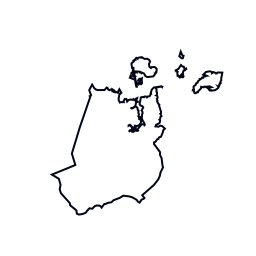 outline of Nett, Pohnpei, Federated States of Micronesia, rotated 35°
{"feature_id": "79324940B16225653054825", "entity_name": "Nett", "entity_type": "district", "adm_level": 2, "iso_a3": "FSM", "parent_name": "Federated States of Micronesia", "parent_adm1": "Pohnpei", "projection": "mercator", "projection_center": [158.226, 6.943], "detail": "fine", "context": "isolated", "style": "outline", "palette": "ink", "viewbox_px": 256, "rotation_deg": 35, "n_neighbors": 0, "source": "geoboundaries", "source_scale": "gbopen_adm2", "svg_char_len": 5824}
<svg xmlns="http://www.w3.org/2000/svg" viewBox="0 0 256 256"><g transform="rotate(35 128 128)"><path d="M92.4,209.8L100.5,209.3L105.4,213.3L107.3,217.5L110.5,219.9L123.4,222.9L125.0,224.5L133.0,225.1L135.2,227.5L137.2,227.2L139.9,224.8L141.6,222.3L142.1,221.1L141.9,219.6L142.5,215.9L145.1,214.5L145.5,211.4L146.7,209.5L149.1,208.0L150.3,207.8L152.0,208.4L152.2,203.8L153.3,203.0L154.3,201.0L157.0,198.4L157.6,195.4L161.2,190.2L162.9,186.2L168.3,183.3L171.9,182.2L176.4,181.9L178.3,182.7L180.3,182.4L180.2,178.9L181.4,177.1L181.6,175.9L178.2,174.9L181.9,159.8L182.3,152.7L181.6,149.2L180.1,145.7L179.2,140.0L177.7,138.9L173.0,133.6L169.5,131.6L168.2,129.4L158.5,126.2L157.6,124.8L158.4,123.5L158.4,120.5L159.2,119.4L158.7,118.1L160.0,116.2L159.1,111.9L158.2,109.7L158.6,107.4L155.0,106.8L153.2,107.5L152.3,109.4L149.6,110.9L149.2,109.2L150.6,106.8L150.9,105.3L150.1,103.6L148.9,103.2L149.1,102.2L148.2,100.1L148.6,99.0L146.4,97.9L146.7,97.4L146.0,96.0L140.6,91.8L140.3,90.9L138.7,90.7L136.4,89.3L136.5,88.8L135.0,87.7L135.0,86.6L134.3,85.5L133.2,84.8L132.6,85.0L132.8,84.5L131.4,82.3L130.4,81.8L129.3,80.1L127.4,79.1L131.5,75.0L132.6,75.0L132.5,74.5L131.4,74.7L125.9,80.1L125.5,82.9L126.3,85.7L127.0,86.4L126.7,86.5L127.1,87.4L126.6,87.5L127.2,87.6L127.5,89.5L126.0,91.0L125.9,91.9L125.4,91.6L123.9,92.4L123.2,93.2L123.4,93.6L122.2,94.2L121.0,95.6L123.8,101.8L125.3,102.4L127.4,101.9L128.7,102.4L129.0,105.8L130.5,106.4L131.6,107.7L131.7,108.8L133.7,112.1L135.8,113.5L138.4,114.6L139.7,115.6L140.3,116.6L140.8,116.7L140.2,116.6L139.5,115.6L138.7,115.6L137.0,117.6L136.6,123.3L136.0,124.9L136.7,125.3L137.1,124.7L137.9,124.3L138.5,124.6L137.6,124.5L136.7,125.4L136.0,125.0L134.1,128.4L133.3,128.7L132.4,128.2L131.6,128.3L130.8,130.5L130.8,128.8L131.3,128.3L132.1,127.8L133.1,128.3L133.9,128.1L131.7,126.3L132.8,126.4L132.7,125.5L132.0,125.1L131.0,125.2L127.9,124.4L127.2,125.8L127.0,125.5L127.6,124.4L127.2,124.3L128.2,124.2L132.3,125.1L132.7,125.2L133.0,126.2L133.8,126.5L134.8,126.1L134.8,125.3L134.1,125.1L133.5,124.5L134.0,124.9L134.7,124.4L133.9,122.7L133.4,122.7L133.3,124.2L131.6,124.4L132.9,124.1L133.4,122.8L132.5,122.1L134.0,121.4L135.4,119.6L135.6,116.8L135.3,115.7L132.0,112.6L131.5,113.4L132.6,114.9L131.3,113.4L131.0,112.7L132.3,111.7L130.7,112.6L129.8,112.5L129.2,110.7L127.7,109.5L126.6,107.7L125.6,107.6L124.1,106.0L122.3,105.9L121.5,106.6L120.5,109.2L119.5,110.0L118.7,110.2L120.6,108.5L121.0,106.7L121.6,106.1L119.8,102.1L121.7,100.5L119.3,101.4L118.3,98.3L117.8,99.1L117.8,101.1L117.3,101.7L116.8,101.9L117.7,101.0L117.3,100.7L116.7,101.4L116.0,101.1L115.4,102.4L113.6,103.3L112.4,104.8L112.1,106.8L110.1,105.2L108.7,106.0L109.0,108.7L109.7,109.3L107.4,110.8L106.7,111.8L104.6,110.7L103.4,109.2L101.7,105.5L102.4,103.0L98.7,101.2L98.9,103.3L99.8,104.5L99.4,105.1L97.2,105.2L96.7,105.5L96.8,106.3L94.8,106.7L94.9,105.6L94.7,106.4L94.1,106.5L93.9,106.1L94.4,105.9L94.5,106.4L94.7,105.3L92.6,105.3L92.7,105.7L93.8,105.4L93.6,106.6L92.6,106.0L91.8,106.4L91.1,107.7L89.6,107.7L88.3,106.9L87.3,107.1L87.0,110.3L81.6,114.2L79.6,114.9L77.5,114.7L73.7,113.0L74.5,119.2L78.9,122.3L78.4,123.8L79.2,124.0L88.1,155.0L96.7,181.2L106.1,188.5L92.4,209.8ZM176.0,34.1L173.5,28.5L169.6,31.1L169.0,32.6L169.7,33.4L168.7,32.6L166.1,33.1L165.4,34.8L164.9,33.9L162.5,34.6L159.8,37.3L159.0,41.3L159.7,41.4L161.1,40.3L162.5,40.1L161.6,40.9L161.6,41.5L160.5,42.1L160.8,43.7L159.8,44.0L159.9,45.5L158.8,46.6L159.2,46.9L158.5,49.6L159.0,50.8L158.2,52.4L158.7,53.8L158.0,56.0L158.1,56.8L159.8,58.4L159.9,59.3L159.3,59.5L159.5,60.1L160.5,59.6L162.5,61.3L163.6,60.5L163.7,59.6L164.8,58.7L164.4,58.0L165.1,53.7L164.3,52.3L166.8,51.2L166.8,50.3L167.9,49.7L169.9,49.6L170.6,48.1L169.8,48.1L170.9,47.1L172.8,46.8L171.5,48.1L171.9,49.4L171.1,49.6L173.3,50.4L174.3,49.9L174.2,49.3L175.1,49.4L177.8,46.9L178.9,43.4L178.6,42.3L177.8,42.1L178.7,41.8L178.2,39.8L177.7,39.7L177.7,38.0L178.0,38.5L178.2,37.9L177.2,37.3L177.0,35.3L176.0,34.1ZM111.6,89.1L109.1,86.6L111.0,85.4L111.1,86.2L112.7,86.5L111.2,86.1L111.2,85.3L113.6,84.6L113.8,83.3L113.4,82.8L113.5,84.5L112.1,84.6L112.8,84.0L112.6,82.8L112.3,81.9L111.0,81.2L111.1,80.4L110.6,81.1L111.2,80.1L110.9,79.4L110.1,81.1L109.8,81.2L109.9,80.1L109.0,81.6L109.1,83.7L109.3,81.9L110.8,81.2L111.9,81.9L111.8,82.3L112.2,82.1L112.3,83.2L111.5,83.6L110.1,82.5L109.8,83.1L110.2,82.9L111.0,83.5L111.1,84.2L112.3,83.5L112.5,83.8L110.2,85.8L108.8,86.3L108.8,85.9L107.8,85.5L102.2,80.2L102.0,79.0L100.8,79.0L100.5,78.4L102.8,77.6L101.9,77.2L104.8,75.4L105.7,75.6L105.9,75.0L107.4,75.4L107.4,74.7L109.9,74.2L112.5,75.5L114.8,75.1L119.1,71.2L119.3,68.3L118.8,67.9L119.2,67.7L119.2,66.0L118.7,65.8L118.8,65.1L117.7,63.2L116.2,62.8L114.9,62.8L112.4,64.6L112.4,65.7L110.4,65.6L108.5,63.6L108.0,61.0L106.2,60.0L103.9,60.3L102.0,61.9L99.5,62.0L98.7,62.7L98.4,62.3L96.6,64.0L95.7,65.3L96.0,65.8L94.6,65.8L94.4,67.8L94.9,68.0L94.1,68.9L94.3,69.6L94.0,69.8L94.6,70.2L93.9,72.6L94.0,73.5L97.0,76.5L98.0,75.6L98.4,76.1L98.7,77.5L99.2,77.4L99.6,78.4L98.5,79.0L99.8,78.5L100.1,78.9L99.2,80.8L99.5,81.4L100.1,80.9L100.6,81.1L99.9,79.5L100.7,79.5L101.9,81.2L102.8,81.3L101.9,81.7L101.2,81.5L101.3,81.0L100.8,81.3L101.3,81.7L102.4,81.9L101.4,82.6L101.4,83.0L103.2,81.7L105.6,84.2L101.0,85.5L100.8,83.7L100.2,83.7L100.7,85.8L106.1,84.4L109.7,88.2L111.3,89.4L111.6,89.1ZM141.5,45.9L140.4,47.2L138.5,45.8L137.2,46.4L135.3,46.0L135.4,50.7L134.0,53.4L134.2,53.7L135.0,53.2L135.4,53.9L136.4,53.5L137.3,55.3L138.7,56.8L139.0,56.3L139.8,56.6L140.3,56.0L140.1,57.4L140.4,56.7L141.4,57.0L141.8,56.6L142.6,54.1L143.0,55.4L144.0,54.7L143.8,53.7L142.8,53.1L141.5,53.5L141.8,54.5L141.1,54.7L141.1,53.6L142.3,52.8L141.8,52.2L141.1,53.1L141.5,52.0L140.6,49.3L141.5,48.1L140.8,47.6L141.9,46.3L141.5,45.9ZM131.9,40.1L132.9,39.5L132.1,37.0L130.9,37.3L127.4,35.2L128.9,39.8L131.9,40.1Z" fill="none" stroke="#020617" stroke-width="2"/></g></svg>